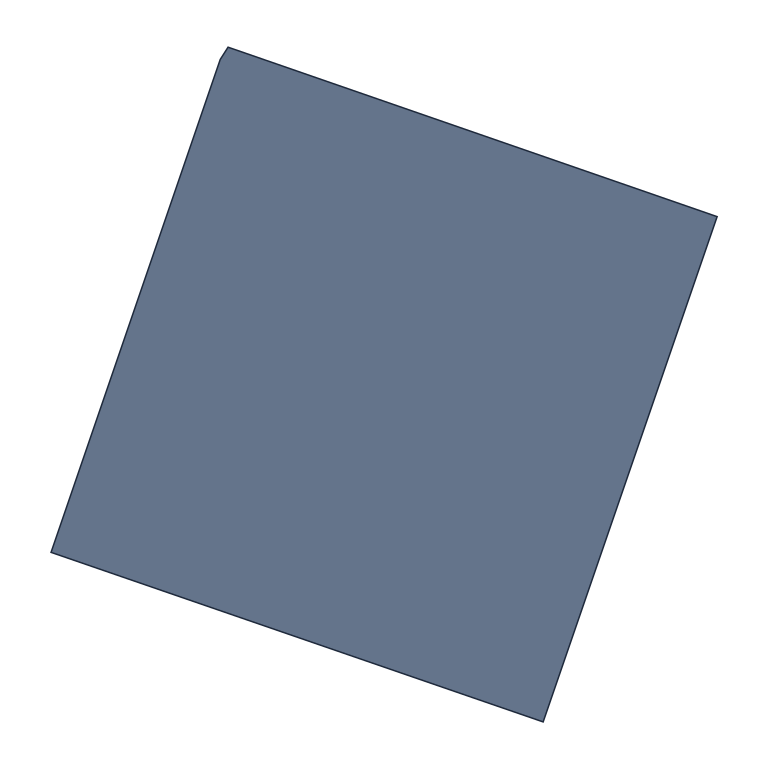 Adams, Nebraska, United States of America (Mercator projection), rotated 19°
{"feature_id": "52423323B10491210424297", "entity_name": "Adams", "entity_type": "district", "adm_level": 2, "iso_a3": "USA", "parent_name": "United States of America", "parent_adm1": "Nebraska", "projection": "mercator", "projection_center": [-98.47, 40.525], "detail": "fine", "context": "isolated", "style": "filled", "palette": "slate", "viewbox_px": 768, "rotation_deg": 19, "n_neighbors": 0, "source": "geoboundaries", "source_scale": "gbopen_adm2", "svg_char_len": 254}
<svg xmlns="http://www.w3.org/2000/svg" viewBox="0 0 768 768"><g transform="rotate(19 384 384)"><path d="M639.0,117.3L126.9,116.3L123.5,130.4L124.0,651.6L644.5,651.7L644.5,117.3L639.0,117.3Z" fill="#64748b" stroke="#1e293b" stroke-width="1.5"/></g></svg>